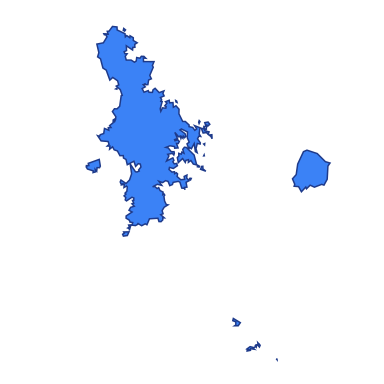 outline of Aotea/Great Barrier Local Board Area, Auckland, New Zealand, rotated 194°
{"feature_id": "76426892B55715625268474", "entity_name": "Aotea/Great Barrier Local Board Area", "entity_type": "district", "adm_level": 2, "iso_a3": "NZL", "parent_name": "New Zealand", "parent_adm1": "Auckland", "projection": "orthographic", "projection_center": [175.362, -36.123], "detail": "fine", "context": "isolated", "style": "filled", "palette": "blue", "viewbox_px": 384, "rotation_deg": 194, "n_neighbors": 0, "source": "geoboundaries", "source_scale": "gbopen_adm2", "svg_char_len": 6032}
<svg xmlns="http://www.w3.org/2000/svg" viewBox="0 0 384 384"><g transform="rotate(194 192 192)"><path d="M242.2,145.3L238.8,145.7L236.4,147.9L237.4,148.6L232.7,147.1L229.7,149.8L227.8,149.3L226.8,155.7L218.7,158.3L216.9,155.3L214.9,155.7L213.6,157.9L214.1,159.8L212.6,160.2L216.9,162.4L214.8,163.9L216.5,166.7L215.3,170.5L212.2,173.7L213.9,173.6L216.4,176.6L218.2,181.0L217.7,182.4L218.8,183.4L219.3,183.1L219.2,182.9L219.7,182.4L220.0,184.9L223.4,185.7L225.4,188.2L226.7,186.9L229.5,188.4L231.5,187.5L227.5,191.1L222.9,191.1L226.8,194.4L222.8,194.0L220.4,196.6L217.8,196.5L215.1,192.8L212.8,194.5L212.6,196.8L207.9,199.0L206.1,198.6L202.9,193.3L200.1,193.7L199.3,192.4L200.4,194.6L198.1,195.5L200.1,200.0L197.6,202.2L200.5,204.2L201.0,207.2L203.4,205.2L202.2,202.5L205.9,201.2L210.2,203.4L210.4,206.1L211.9,206.9L213.3,205.6L213.9,207.4L216.3,206.5L219.8,208.3L219.8,210.4L215.8,210.3L212.5,214.0L213.9,216.0L216.0,215.0L217.9,216.7L217.2,218.3L218.8,220.5L224.2,215.9L223.1,221.4L224.7,222.7L220.4,224.7L218.6,223.5L218.5,225.3L219.2,226.8L221.9,226.1L225.7,229.0L228.1,229.0L224.6,231.5L220.0,231.9L219.4,230.3L216.2,231.4L218.8,235.4L217.1,235.7L216.5,238.0L218.4,239.2L220.9,237.6L221.6,238.6L219.0,240.3L223.1,245.7L218.3,242.3L217.0,242.7L217.2,244.1L215.7,241.3L215.5,243.2L213.8,241.9L214.0,244.2L212.3,242.9L211.5,244.5L212.8,246.9L218.7,249.3L217.6,250.6L210.9,249.2L209.7,243.5L206.8,239.7L208.5,237.5L205.4,233.0L205.2,234.6L203.1,233.8L201.6,239.5L198.5,232.0L196.5,231.4L198.6,235.0L198.6,240.4L195.7,240.5L195.8,241.7L199.5,244.9L198.9,247.8L197.0,248.0L199.1,250.1L199.8,256.3L205.5,257.0L202.7,254.3L204.2,252.5L206.9,254.8L210.7,254.7L211.0,256.3L215.5,258.8L218.1,258.2L223.6,264.7L224.6,269.2L228.4,271.8L230.6,269.7L232.1,274.2L235.3,273.1L236.3,275.5L239.6,273.2L237.8,272.2L239.3,269.0L237.8,268.7L237.7,267.0L241.0,266.5L241.8,262.7L243.0,265.1L242.8,272.6L244.2,272.4L243.9,274.5L245.5,276.0L242.3,278.5L244.1,280.7L243.7,283.3L247.9,280.5L252.9,283.7L254.5,281.8L254.5,279.1L257.8,278.3L259.0,279.8L262.7,277.2L265.4,280.3L262.8,282.7L265.3,284.4L263.5,285.2L264.0,285.8L264.1,286.1L262.8,284.9L260.8,285.5L261.2,290.2L258.8,292.0L261.2,294.9L259.8,303.7L261.0,305.1L260.4,309.3L270.6,306.8L271.6,310.2L269.2,310.6L271.5,312.0L274.0,311.4L274.9,309.2L278.2,309.1L277.8,305.7L279.2,304.0L283.0,305.3L287.7,304.1L289.6,307.5L288.4,310.4L290.6,310.0L291.8,311.7L289.7,313.4L291.1,318.0L284.0,315.4L284.4,318.0L282.4,318.6L283.3,321.4L281.3,323.5L285.6,324.8L286.3,327.5L289.9,328.6L289.7,326.7L293.2,328.0L294.2,326.4L295.3,329.4L303.8,331.1L304.7,334.0L309.2,333.4L311.4,328.0L313.1,327.4L311.5,324.8L314.0,323.8L312.0,322.0L314.1,315.3L320.1,312.5L316.1,304.7L316.3,300.3L313.0,299.1L308.4,290.7L304.7,289.5L298.8,280.7L296.6,284.0L291.1,281.9L289.0,278.2L291.1,276.4L286.4,274.0L283.1,268.9L284.0,268.3L282.9,257.7L284.9,254.5L287.4,254.0L288.7,250.8L284.1,246.6L283.7,243.8L284.3,240.6L284.2,244.6L285.9,242.8L285.3,240.1L288.0,236.5L286.2,235.0L288.8,234.2L287.7,231.8L292.3,232.5L291.8,227.4L294.9,225.4L295.2,223.7L297.2,223.8L292.6,219.6L285.6,220.7L284.0,218.1L285.3,216.1L282.7,216.7L282.3,213.6L280.0,216.6L277.7,214.1L274.3,213.8L270.7,209.8L267.5,210.7L266.7,208.4L263.9,207.6L261.4,202.8L255.8,207.8L252.9,203.2L251.0,206.5L248.9,206.6L247.6,203.9L249.1,200.5L248.3,199.6L250.2,198.1L251.8,198.0L258.7,204.2L255.0,195.0L255.5,188.6L258.0,184.3L263.8,186.4L264.1,184.4L262.8,182.6L261.4,183.1L261.8,182.0L259.5,183.1L259.1,179.9L256.9,182.0L256.0,181.3L255.4,176.9L256.7,174.7L255.6,174.0L257.0,171.8L254.9,170.6L254.9,168.2L253.4,167.5L249.0,172.4L247.0,172.1L246.5,169.8L247.7,169.4L245.8,167.0L247.4,166.0L244.6,164.2L247.8,162.3L248.7,159.0L245.3,158.1L250.1,152.8L249.6,150.6L246.4,149.7L244.8,148.1L245.6,147.8L242.1,148.0L242.2,145.3ZM85.9,218.7L82.8,224.3L81.7,222.8L79.0,227.2L74.4,226.3L68.0,230.8L65.6,230.6L63.9,237.1L66.4,250.0L65.1,253.5L69.9,253.7L79.8,259.6L90.6,260.4L93.6,258.1L96.2,244.7L95.1,234.1L97.7,229.1L94.2,224.4L94.3,222.3L89.9,223.0L85.9,218.7ZM212.4,217.2L209.2,222.2L205.7,219.1L205.6,221.2L203.3,222.5L202.7,219.9L200.7,222.3L197.5,219.4L194.0,219.4L198.9,228.4L208.3,233.9L210.2,233.6L211.3,231.1L209.2,227.7L211.5,228.3L211.6,226.1L214.2,226.3L213.5,223.7L214.6,221.9L212.4,217.2ZM292.7,186.9L290.6,188.1L291.4,190.5L289.5,189.1L290.0,192.7L287.6,193.2L287.2,194.9L289.9,201.2L299.6,194.7L298.5,192.7L301.5,191.9L300.0,191.9L300.7,190.7L299.0,189.0L292.9,188.6L292.7,186.9ZM118.3,72.5L114.8,73.4L113.5,76.9L121.3,79.3L121.3,77.0L118.1,76.6L117.3,73.6L118.3,72.5ZM247.9,132.6L244.2,134.1L243.5,138.1L248.6,136.7L247.7,135.8L249.1,134.2L247.9,132.6ZM192.4,253.1L190.2,251.9L190.0,254.5L194.4,254.5L195.2,255.7L193.9,256.1L196.1,257.4L195.8,256.2L198.4,256.1L195.5,251.9L192.4,253.1ZM99.9,51.1L97.6,52.2L99.2,52.8L97.2,52.8L97.2,54.1L93.5,54.5L94.9,55.1L94.1,56.0L98.2,56.0L100.8,52.9L99.7,52.8L99.9,51.1ZM193.5,257.8L193.6,260.5L192.5,259.9L191.1,262.0L193.3,263.8L196.4,262.4L193.5,257.8ZM189.2,216.1L183.6,215.5L187.0,217.1L187.7,219.6L188.8,219.2L189.2,216.1ZM243.5,139.4L243.4,144.0L242.8,145.5L245.5,144.6L244.2,142.8L245.6,141.5L243.8,141.2L243.5,139.4ZM185.4,248.5L186.6,252.4L189.3,251.4L187.1,250.5L185.4,248.5ZM297.8,334.2L297.8,332.2L296.3,331.8L295.7,333.2L297.8,334.2ZM89.1,57.9L88.8,59.8L91.7,61.7L90.5,58.9L89.1,57.9ZM192.9,217.8L191.1,217.9L190.9,218.8L193.1,219.4L192.9,217.8ZM92.2,57.0L92.5,58.0L91.4,59.9L93.2,58.9L93.5,57.6L92.2,57.0ZM313.9,324.6L315.8,324.2L315.1,323.4L313.9,324.6ZM196.3,203.4L196.0,205.0L197.3,204.9L197.7,204.0L196.3,203.4ZM202.3,263.0L202.4,261.3L201.7,260.2L201.3,262.3L202.3,263.0ZM289.9,274.6L290.9,273.6L289.8,273.6L289.9,274.6ZM229.9,276.8L229.3,275.5L228.2,275.3L228.9,276.5L229.9,276.8ZM191.4,242.1L192.3,241.4L191.2,240.7L191.4,242.1ZM69.9,50.5L68.9,49.8L69.1,50.4L69.9,50.5ZM189.2,230.9L189.4,229.9L188.8,230.1L189.2,230.9ZM195.5,258.6L196.3,258.5L196.0,257.8L195.5,258.6ZM100.8,52.1L100.0,51.8L99.9,52.1L100.8,52.1ZM91.6,58.1L92.0,57.9L91.6,58.1Z" fill="#3b82f6" stroke="#1e3a8a" stroke-width="1.5"/></g></svg>